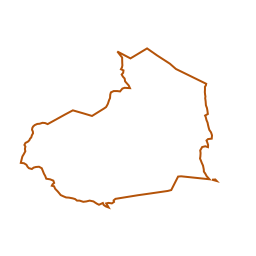 the district of Massapê, Ceará, Brazil, rotated 102°
{"feature_id": "56859067B42354629826909", "entity_name": "Massapê", "entity_type": "district", "adm_level": 2, "iso_a3": "BRA", "parent_name": "Brazil", "parent_adm1": "Ceará", "projection": "equal_earth", "projection_center": [-40.377, -3.486], "detail": "fine", "context": "isolated", "style": "outline", "palette": "amber", "viewbox_px": 256, "rotation_deg": 102, "n_neighbors": 0, "source": "geoboundaries", "source_scale": "gbopen_adm2", "svg_char_len": 2075}
<svg xmlns="http://www.w3.org/2000/svg" viewBox="0 0 256 256"><g transform="rotate(102 128 128)"><path d="M65.8,147.1L67.9,146.5L70.0,146.5L72.0,147.1L72.6,144.4L75.0,144.2L77.0,145.3L78.8,143.7L80.3,141.6L83.0,140.5L84.5,138.5L86.2,136.2L88.6,134.4L89.4,139.7L90.6,141.7L93.9,143.4L94.1,146.1L94.8,149.6L96.7,152.1L99.0,152.3L102.5,151.8L104.6,152.3L106.5,152.5L108.5,152.7L110.6,153.3L112.1,153.8L113.9,155.5L123.7,165.7L123.0,174.2L122.5,181.3L122.2,185.6L127.9,192.4L140.9,207.4L140.4,210.1L140.7,212.7L142.2,215.3L142.9,217.6L144.5,219.8L146.2,221.1L147.9,221.6L149.7,221.5L151.1,220.4L152.9,219.8L155.1,220.5L157.4,220.7L158.8,221.6L160.6,222.0L162.2,223.1L163.9,225.2L166.1,225.8L167.5,224.5L169.9,224.5L172.1,223.6L174.9,224.4L177.8,225.4L182.8,225.6L184.4,225.6L184.1,222.4L185.1,219.7L186.8,218.2L187.9,216.6L188.1,213.5L186.4,212.1L185.3,210.0L184.4,207.0L185.3,204.0L188.1,202.1L190.2,200.7L192.0,199.1L194.6,197.4L194.4,193.5L195.0,190.1L197.1,188.8L198.8,190.1L200.3,190.5L200.4,188.2L202.6,186.6L204.7,183.5L206.2,181.6L207.6,179.9L208.3,176.8L208.8,174.1L208.4,171.3L208.3,167.6L208.5,165.0L209.6,162.8L209.1,160.2L209.5,156.4L208.5,153.5L207.0,150.4L207.0,146.5L207.8,144.6L208.5,142.7L209.1,140.4L206.6,137.0L208.3,135.8L209.3,133.5L209.8,130.4L208.1,131.9L206.3,133.6L205.3,131.5L205.1,128.1L203.2,126.3L201.8,127.0L199.9,125.5L191.8,104.6L187.6,93.1L181.3,76.0L179.7,72.8L165.1,68.9L164.2,66.0L161.2,37.7L158.7,41.1L156.6,42.9L154.9,44.7L152.7,45.3L149.2,46.8L146.9,48.5L144.6,50.0L142.9,51.2L140.8,51.3L137.4,51.8L134.9,52.7L133.1,52.1L131.2,51.5L129.8,48.6L130.1,45.8L128.0,46.1L125.7,47.4L123.9,48.6L122.2,47.4L121.0,43.9L117.7,44.3L115.0,45.9L112.9,48.1L110.8,49.2L108.3,50.4L106.2,51.3L103.9,52.9L101.2,54.2L99.8,55.2L97.7,52.8L94.6,53.9L92.1,54.9L89.6,56.5L85.5,57.7L82.8,58.7L81.2,58.8L79.1,59.6L76.9,60.3L74.4,60.7L71.7,61.3L70.2,60.7L68.5,60.7L60.3,93.4L56.4,100.4L50.9,114.8L46.2,125.9L57.4,137.9L59.4,140.1L55.4,154.3L60.3,148.4L65.8,147.1ZM161.4,30.2L160.2,31.9L161.1,35.0L161.4,30.2Z" fill="none" stroke="#b45309" stroke-width="2"/></g></svg>